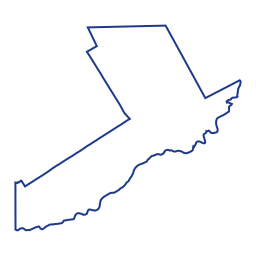 Nicolás Ruíz, Chiapas, Mexico (Albers equal-area conic projection)
{"feature_id": "50627088B68724727080459", "entity_name": "Nicolás Ruíz", "entity_type": "district", "adm_level": 2, "iso_a3": "MEX", "parent_name": "Mexico", "parent_adm1": "Chiapas", "projection": "albers", "projection_center": [-92.605, 16.437], "detail": "fine", "context": "isolated", "style": "outline", "palette": "blue", "viewbox_px": 256, "rotation_deg": 0, "n_neighbors": 0, "source": "geoboundaries", "source_scale": "gbopen_adm2", "svg_char_len": 5594}
<svg xmlns="http://www.w3.org/2000/svg" viewBox="0 0 256 256"><path d="M165.6,25.6L87.8,27.4L96.8,46.1L86.9,51.8L88.1,53.6L90.2,56.8L94.1,63.1L98.2,69.8L99.9,72.3L101.5,75.0L102.0,75.9L103.0,77.6L106.7,83.6L109.1,87.5L117.9,101.6L118.7,102.9L120.1,105.2L124.2,112.7L124.3,112.9L127.9,116.9L129.8,118.9L128.9,119.4L128.1,119.8L125.6,121.5L120.3,125.0L118.1,126.3L112.7,129.8L111.1,130.8L106.4,133.8L99.8,138.0L98.8,138.6L97.3,139.6L96.4,140.3L93.2,142.2L92.1,143.0L90.0,144.4L88.2,145.4L87.2,146.0L81.6,149.9L80.6,150.6L75.7,153.6L72.3,155.9L65.9,159.8L58.8,164.4L56.4,165.8L55.3,166.6L53.5,167.7L47.2,172.2L42.0,175.6L36.4,179.1L35.3,179.8L32.9,181.4L29.1,183.8L25.0,186.4L21.4,180.7L21.1,180.7L20.6,180.8L20.1,181.5L19.4,181.9L18.8,182.4L18.2,182.2L17.6,182.3L17.3,183.0L16.5,182.9L15.4,182.6L15.5,229.6L17.3,230.4L18.1,230.1L18.9,229.5L20.7,228.4L21.6,228.4L22.3,228.1L23.0,228.3L23.7,228.6L24.1,228.9L24.5,229.3L25.0,229.6L25.7,230.2L26.5,230.2L27.2,230.1L28.0,230.0L28.5,230.0L29.6,230.2L30.7,229.5L31.8,229.1L35.4,227.5L36.1,227.1L37.0,227.0L37.9,226.7L38.6,226.4L39.3,226.7L39.7,227.4L40.3,228.4L41.8,229.2L42.4,229.3L43.6,228.5L44.1,228.2L44.3,227.9L45.1,227.3L45.8,226.8L46.4,226.3L47.4,225.9L48.1,225.5L48.9,225.1L50.0,224.5L51.0,224.5L52.1,224.3L53.2,224.5L54.0,224.2L55.3,224.0L56.3,224.0L57.5,223.8L58.6,223.7L59.7,223.5L61.8,223.1L63.1,221.9L63.6,220.9L64.4,220.4L66.0,220.4L67.6,219.9L69.2,219.8L70.3,219.6L71.8,219.4L73.8,219.1L74.5,217.5L75.0,215.9L75.8,214.6L77.2,213.4L78.4,213.1L79.3,213.3L80.0,213.5L80.8,213.7L81.8,213.8L82.6,214.5L83.6,214.8L85.2,214.6L86.8,213.8L87.8,210.9L88.6,209.7L90.0,209.5L92.0,210.0L92.9,210.3L93.6,210.3L94.0,210.4L94.5,210.5L95.5,210.5L96.2,210.2L96.4,210.1L97.1,209.9L98.2,209.0L99.0,208.0L99.4,207.2L99.5,206.6L99.7,206.0L99.8,205.3L99.8,204.5L99.8,203.9L100.1,203.3L100.2,202.6L100.3,201.9L100.5,201.0L100.6,200.5L101.0,200.0L101.3,199.5L101.6,199.0L102.0,198.6L102.5,198.0L103.0,197.5L103.5,197.1L104.0,196.8L104.6,196.4L105.3,196.0L106.0,195.6L107.1,194.8L107.6,194.5L108.1,194.3L108.6,194.0L109.2,193.7L109.8,193.3L111.0,192.9L111.5,192.8L112.1,192.9L112.8,192.7L113.6,192.7L114.6,192.6L115.3,192.0L116.2,191.6L117.0,191.0L117.9,190.5L118.8,190.0L119.5,189.3L119.8,188.9L120.4,188.6L120.8,188.2L121.7,187.8L122.3,187.4L122.9,186.9L123.6,186.4L124.1,185.9L124.7,185.3L125.6,184.1L125.9,183.4L126.4,182.9L127.1,182.2L127.6,181.9L128.4,181.2L128.9,180.7L129.4,179.5L129.8,178.7L130.2,178.2L130.6,177.6L131.0,177.1L131.5,176.5L131.8,175.9L132.1,175.1L132.6,174.3L133.0,173.5L133.3,172.5L133.6,171.7L133.7,171.0L134.0,170.3L134.3,169.6L134.5,169.3L134.8,168.5L135.2,168.0L135.7,167.6L136.1,167.1L136.5,166.5L137.1,166.1L137.4,165.8L138.1,165.3L138.7,165.0L139.2,164.7L139.9,164.5L140.6,164.1L141.1,163.9L142.3,163.6L142.9,163.4L143.4,163.0L144.0,162.8L144.7,162.5L145.3,162.3L146.0,162.0L146.6,161.5L147.0,161.1L147.4,160.5L147.6,160.0L147.9,159.6L148.2,159.2L148.7,158.9L149.0,158.8L149.3,158.5L149.6,158.1L150.3,157.3L150.9,156.8L151.2,156.4L151.5,156.2L151.9,155.9L152.4,155.8L153.1,155.8L153.7,155.6L154.1,155.5L154.6,155.2L155.0,154.9L156.0,154.6L156.6,154.4L157.1,154.2L157.7,154.2L158.2,154.1L158.8,154.3L159.5,154.5L160.2,154.6L160.8,154.8L161.2,154.6L161.6,154.5L162.0,154.3L162.4,154.2L162.9,153.8L163.2,153.5L163.4,153.2L163.7,153.1L164.1,152.6L164.4,152.3L164.4,151.7L164.5,151.3L164.8,151.1L165.0,150.9L165.7,150.5L166.2,150.2L166.7,150.0L167.6,149.8L168.4,149.9L168.9,150.2L169.5,150.5L169.9,150.5L170.3,150.3L170.9,150.3L171.5,150.4L172.1,150.7L172.6,150.9L172.8,151.0L173.1,151.2L173.7,151.4L174.2,151.6L174.8,151.5L175.2,151.5L175.8,151.4L176.3,151.2L176.8,151.0L177.5,150.8L178.3,150.8L178.8,150.8L179.3,150.9L179.8,151.1L180.9,151.2L181.5,151.4L182.2,151.9L182.6,152.1L183.1,152.4L183.7,152.7L184.2,152.8L184.2,153.0L184.8,153.1L185.5,153.2L186.1,153.3L186.5,153.2L186.9,153.1L187.4,152.9L188.0,152.8L188.5,152.7L188.8,152.5L189.1,152.2L189.8,152.0L190.3,151.8L190.8,151.5L191.1,151.3L191.6,151.1L191.9,150.8L192.3,150.5L192.6,150.1L192.8,149.7L193.0,149.0L193.1,148.7L193.2,148.1L193.1,147.4L193.4,146.2L194.2,146.7L194.8,145.6L195.4,144.7L195.7,143.9L196.0,143.3L196.3,142.5L196.8,142.0L197.3,141.6L197.9,141.5L198.3,141.4L198.8,141.4L199.1,141.4L199.3,141.5L199.5,141.5L200.0,141.7L200.4,141.9L200.9,142.1L201.4,142.4L202.2,142.7L202.8,143.1L203.5,143.2L204.5,143.3L205.1,142.8L205.2,141.8L204.9,140.5L204.5,139.0L204.1,137.7L203.8,136.9L203.7,136.3L203.6,135.4L203.6,134.8L203.7,134.4L204.1,134.1L204.5,133.8L205.1,133.5L205.5,133.1L206.0,132.6L206.3,132.4L206.4,131.9L206.5,131.6L206.4,131.1L207.0,131.1L207.4,131.1L207.8,131.0L208.1,130.9L208.6,130.6L209.2,130.8L209.8,131.6L210.5,132.2L211.0,132.8L211.5,132.9L212.6,133.1L213.8,133.0L214.9,132.7L216.0,132.5L216.8,132.2L217.5,131.3L217.6,130.1L217.5,128.8L217.2,127.6L216.6,126.2L216.2,124.4L216.1,122.8L216.2,121.1L216.5,119.8L216.9,118.9L217.7,118.0L218.7,117.4L220.2,116.6L222.1,115.7L223.2,115.2L223.9,114.8L226.6,113.1L227.9,112.1L228.8,111.7L229.0,111.0L229.1,110.1L229.1,108.9L229.0,108.1L229.0,107.0L229.4,106.3L230.2,105.7L231.3,104.8L231.9,104.0L228.7,102.5L226.9,102.5L226.9,102.4L226.6,101.4L227.4,100.7L228.6,100.0L229.4,99.8L230.5,99.7L230.9,99.4L231.1,98.8L231.8,98.1L232.7,97.7L233.9,97.7L234.7,97.5L235.7,97.4L236.2,97.3L236.9,97.2L237.5,96.7L237.3,96.0L237.3,94.9L237.4,94.1L237.7,93.3L237.7,92.8L237.7,92.1L237.8,91.3L238.0,90.7L238.1,89.7L238.3,88.5L238.9,87.5L239.2,86.9L239.4,86.2L240.1,85.3L240.2,84.1L240.3,83.6L240.5,82.9L240.6,81.6L240.4,81.0L239.7,80.3L205.3,98.1L180.5,52.7L165.6,25.6Z" fill="none" stroke="#1e3a8a" stroke-width="2"/></svg>